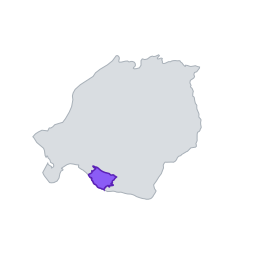 where Vaslui sits in Romania, rotated 133°
{"feature_id": "ROU-316", "entity_name": "Vaslui", "entity_type": "County", "adm_level": 1, "iso_a3": "ROU", "parent_name": "Romania", "parent_adm1": "", "projection": "orthographic", "projection_center": [27.841, 46.485], "detail": "fine", "context": "in_parent", "style": "filled", "palette": "violet", "viewbox_px": 256, "rotation_deg": 133, "n_neighbors": 0, "source": "natural_earth", "source_scale": "10m", "svg_char_len": 5329}
<svg xmlns="http://www.w3.org/2000/svg" viewBox="0 0 256 256"><g transform="rotate(133 128 128)"><path d="M191.5,143.1L193.6,146.1L196.3,147.6L202.5,149.2L203.0,149.0L203.1,148.7L202.6,148.3L202.6,147.7L202.9,147.0L203.7,147.0L205.1,147.6L207.8,146.7L211.7,144.3L215.2,143.7L218.5,145.0L220.3,146.6L221.4,148.1L221.1,150.0L220.9,151.2L220.1,156.1L219.6,158.0L218.7,160.0L208.4,162.7L209.1,161.5L208.8,159.4L208.4,157.9L209.3,156.5L207.0,156.0L206.0,156.8L205.2,158.1L205.9,161.2L204.8,162.9L204.4,163.9L204.4,166.1L203.7,167.1L203.6,168.2L205.3,167.9L204.6,169.9L201.5,173.7L200.4,175.9L200.8,184.8L199.4,190.1L199.3,191.6L196.0,191.7L195.0,191.6L191.9,190.8L188.3,189.4L186.3,186.7L184.9,184.7L182.0,185.6L181.4,185.4L180.6,184.4L178.3,183.8L175.5,183.8L169.3,180.2L168.7,179.6L163.8,180.1L156.4,181.8L150.8,183.8L144.9,187.6L142.5,190.5L139.8,192.0L135.8,193.0L128.9,192.4L121.7,190.6L114.1,188.7L109.8,189.4L104.2,188.5L95.8,186.1L89.5,185.2L83.2,185.9L82.2,185.0L82.0,184.0L82.3,182.7L83.3,181.6L84.8,180.8L85.7,180.0L85.8,179.2L84.2,177.7L80.9,175.5L79.5,174.2L79.2,173.9L79.2,172.8L78.5,171.9L77.2,171.2L76.2,170.0L75.6,168.3L75.9,166.8L77.0,165.4L78.4,164.9L80.0,165.2L80.7,164.8L80.5,163.8L79.0,162.4L76.2,160.7L73.2,161.3L69.9,164.4L67.7,164.7L66.5,162.4L64.3,160.9L60.9,160.3L58.9,159.3L58.2,157.9L56.8,156.8L53.6,155.5L53.6,154.5L54.2,154.3L55.3,154.3L56.9,154.3L57.2,153.7L57.2,153.2L56.1,152.4L54.9,151.9L54.3,151.4L53.9,150.9L53.8,150.3L54.2,150.0L54.7,150.0L55.2,149.8L55.6,148.6L56.4,147.7L56.9,147.4L56.9,146.6L56.5,145.9L55.8,145.3L54.9,144.8L51.9,143.6L50.4,142.0L49.5,141.9L48.0,140.9L46.5,139.5L45.2,137.7L43.8,136.4L43.5,135.9L43.5,135.4L43.8,135.0L43.8,134.4L43.6,132.7L44.0,130.9L44.1,129.1L44.1,128.4L43.9,128.1L43.6,128.3L43.2,128.6L42.8,128.7L41.8,127.3L40.6,124.6L39.8,123.7L38.0,122.3L36.5,121.2L35.6,119.0L34.6,117.2L35.4,116.6L40.0,116.1L42.0,117.2L42.9,116.9L43.9,116.3L44.4,115.7L44.6,115.0L45.1,114.3L46.6,114.0L50.6,114.9L52.3,113.9L52.9,113.3L53.4,112.0L53.9,110.9L55.3,110.4L55.4,109.4L55.3,108.3L56.3,105.9L56.9,105.0L57.7,104.7L58.7,104.0L60.5,102.5L60.3,101.1L60.7,100.1L62.6,97.7L64.1,95.4L64.2,94.2L64.5,93.1L65.7,92.1L67.1,90.6L69.1,86.1L69.7,85.3L70.8,84.5L71.7,83.6L72.0,80.6L72.8,79.7L74.3,78.8L75.8,77.3L77.1,75.5L78.0,74.6L79.2,74.5L80.5,73.8L81.9,73.6L83.3,74.1L84.1,74.0L85.5,73.1L89.1,69.8L89.6,69.2L90.3,68.7L93.1,67.7L93.8,66.5L94.8,65.5L96.0,65.6L99.7,68.5L103.9,68.6L104.7,68.7L104.9,68.8L105.4,69.1L110.9,70.7L111.8,70.6L112.1,70.5L114.2,71.7L116.2,71.6L118.1,70.9L120.1,70.8L121.9,71.3L123.2,72.9L126.6,76.3L127.7,77.6L129.3,77.5L131.1,76.9L133.0,74.8L138.7,72.5L143.0,72.0L147.3,71.1L152.1,70.5L153.5,68.5L154.3,67.1L154.9,64.5L157.5,63.8L160.0,63.4L160.9,63.1L162.7,63.0L164.1,63.2L166.2,64.5L167.7,66.1L168.3,67.4L169.6,69.2L170.9,71.7L172.4,75.1L172.7,76.8L173.3,78.6L174.4,80.8L176.5,83.3L176.8,83.8L177.8,85.5L179.7,89.4L181.3,90.9L182.6,92.6L183.3,94.3L184.3,95.8L186.6,97.8L188.5,99.7L190.1,105.0L191.1,107.4L191.8,109.3L191.5,113.0L192.0,114.7L191.1,117.6L189.5,123.6L189.2,128.3L189.4,130.8L189.5,132.5L189.9,133.5L190.3,135.7L190.4,137.5L189.8,138.1L189.0,138.5L188.7,138.9L189.4,139.8L190.5,141.3L191.5,143.1Z" fill="#d9dde1" stroke="#a8b0b8" stroke-width="1"/><path d="M189.5,103.5L189.5,103.8L189.8,104.6L190.6,105.9L190.6,106.5L191.7,108.6L191.9,109.4L191.9,109.5L192.0,109.8L192.0,110.2L191.9,110.5L191.7,110.9L191.6,111.3L191.7,111.8L191.5,112.1L191.5,113.2L191.5,113.4L191.7,113.9L191.8,114.0L191.9,113.9L192.0,114.0L192.0,115.1L192.0,115.3L191.9,115.5L191.6,115.7L191.7,116.1L191.5,116.3L191.3,116.4L191.2,117.3L190.9,117.5L190.9,118.3L191.0,118.6L190.9,118.7L190.7,119.3L190.4,119.6L190.2,119.7L189.8,119.8L189.8,120.0L189.8,120.5L189.6,120.7L189.3,120.8L189.4,121.1L189.7,121.7L189.8,121.8L190.0,122.0L190.0,122.3L189.8,122.9L189.7,123.7L189.4,124.6L189.3,124.8L189.2,124.8L188.6,125.0L188.3,125.0L187.8,124.8L187.1,124.4L185.6,124.0L185.3,124.0L185.0,124.1L184.8,124.3L184.6,124.5L184.4,124.9L184.3,125.1L184.1,125.2L183.9,125.2L183.8,124.8L183.8,124.6L183.6,124.4L183.3,124.3L179.9,123.9L179.6,124.0L179.6,124.4L180.0,125.2L180.1,125.5L180.2,126.0L180.1,126.8L180.0,127.2L180.0,127.4L179.9,127.5L179.7,127.6L179.3,127.1L179.1,126.4L178.9,125.6L178.7,125.1L178.0,124.2L177.7,122.9L177.6,119.3L177.4,118.0L176.9,116.2L176.2,114.4L174.2,110.8L174.1,110.2L174.2,109.6L174.2,108.9L174.0,108.3L173.6,107.9L172.7,107.2L172.4,106.9L172.3,106.7L172.1,106.3L172.3,105.9L172.3,105.6L172.2,105.1L171.8,103.9L171.7,103.0L173.9,103.2L175.4,102.9L175.7,102.9L176.1,103.0L176.5,103.2L176.9,103.3L177.3,103.3L178.0,103.0L178.2,102.8L178.4,102.6L178.4,102.4L178.6,102.2L178.8,102.2L179.2,102.4L179.9,102.5L180.3,102.5L180.5,102.3L180.6,102.1L180.7,101.8L180.6,101.7L180.1,101.7L179.9,101.7L179.7,101.5L179.8,101.1L179.9,100.8L179.8,100.6L179.7,100.4L179.7,100.2L179.9,99.8L180.1,99.8L180.3,99.9L181.5,100.8L182.0,101.4L182.8,102.4L183.0,102.5L183.2,102.4L183.2,102.1L183.2,101.8L183.3,101.6L183.5,101.4L183.8,101.4L183.9,101.6L184.0,101.9L184.0,102.2L183.8,102.8L183.7,103.0L183.7,103.4L183.9,103.6L184.1,103.6L184.5,103.6L185.3,104.0L186.0,104.3L186.3,104.3L186.5,104.1L186.5,103.9L186.8,103.8L187.1,103.9L187.3,104.1L187.5,104.2L187.8,104.2L188.1,104.0L188.4,103.8L189.4,103.6L189.5,103.5L189.5,103.5Z" fill="#8b5cf6" stroke="#5b21b6" stroke-width="1.5"/></g></svg>